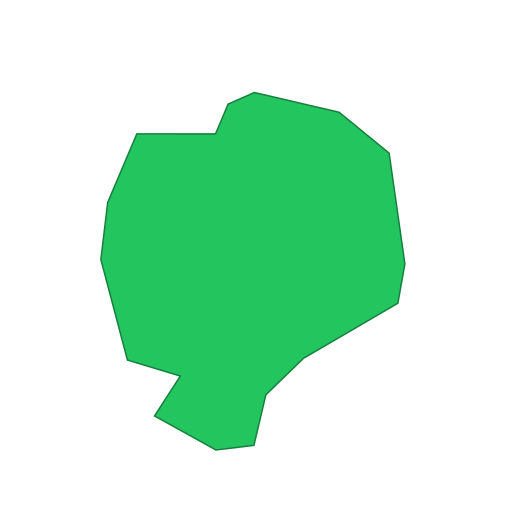 the district of Staunton, Virginia, United States of America, rotated 151°
{"feature_id": "52423323B96137382853901", "entity_name": "Staunton", "entity_type": "district", "adm_level": 2, "iso_a3": "USA", "parent_name": "United States of America", "parent_adm1": "Virginia", "projection": "equal_earth", "projection_center": [-79.059, 38.161], "detail": "fine", "context": "isolated", "style": "filled", "palette": "green", "viewbox_px": 512, "rotation_deg": 151, "n_neighbors": 0, "source": "geoboundaries", "source_scale": "gbopen_adm2", "svg_char_len": 385}
<svg xmlns="http://www.w3.org/2000/svg" viewBox="0 0 512 512"><g transform="rotate(151 256 256)"><path d="M113.6,341.4L178.2,399.8L206.7,402.4L232.2,382.4L301.0,420.6L359.8,374.7L393.4,328.1L418.9,227.3L380.4,187.7L422.3,165.3L385.1,105.8L349.6,91.4L314.7,129.8L264.0,143.5L154.8,145.9L129.6,176.9L89.7,281.4L113.6,341.4Z" fill="#22c55e" stroke="#15803d" stroke-width="1.5"/></g></svg>